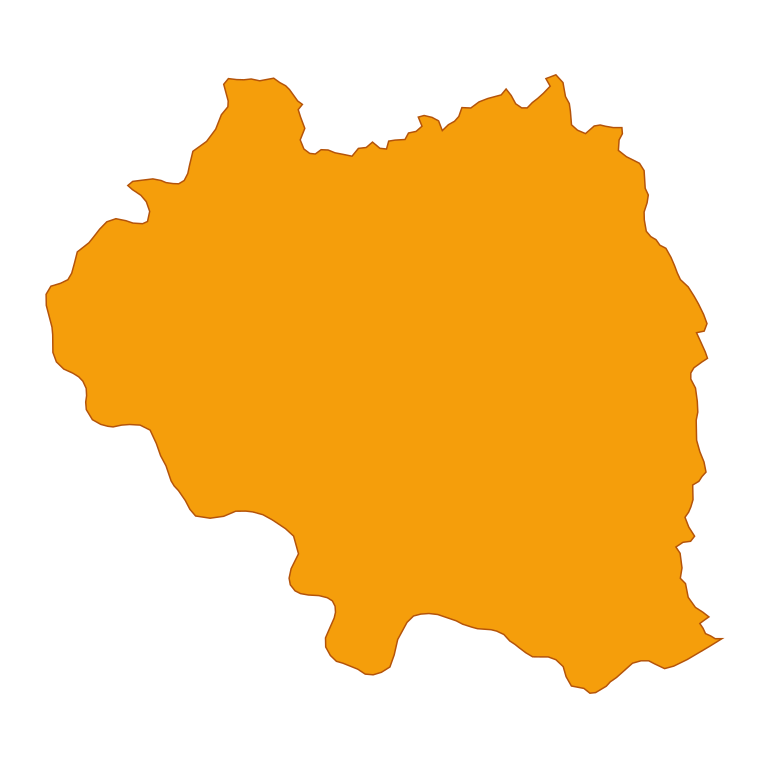 outline of Reserva do Iguaçu, Paraná, Brazil
{"feature_id": "56859067B45945629242811", "entity_name": "Reserva do Iguaçu", "entity_type": "district", "adm_level": 2, "iso_a3": "BRA", "parent_name": "Brazil", "parent_adm1": "Paraná", "projection": "albers", "projection_center": [-51.961, -25.873], "detail": "fine", "context": "isolated", "style": "filled", "palette": "amber", "viewbox_px": 768, "rotation_deg": 0, "n_neighbors": 0, "source": "geoboundaries", "source_scale": "gbopen_adm2", "svg_char_len": 3470}
<svg xmlns="http://www.w3.org/2000/svg" viewBox="0 0 768 768"><path d="M721.9,638.7L715.2,638.7L710.6,635.9L705.5,633.6L703.0,628.2L699.8,623.5L704.5,620.0L708.9,616.9L703.0,612.3L695.4,607.4L688.2,597.3L685.5,583.6L680.3,578.3L682.0,567.9L680.1,553.3L675.9,547.0L683.0,542.3L690.6,541.3L694.6,536.2L688.8,527.1L685.0,517.3L688.6,512.2L690.9,506.8L693.0,499.7L692.7,485.0L698.9,481.3L702.0,476.5L706.0,472.1L704.0,462.0L699.8,451.6L696.6,440.2L696.4,430.5L696.2,420.2L697.8,412.1L697.3,401.4L695.5,388.1L690.8,379.1L690.8,373.0L693.9,367.8L701.7,362.1L707.5,358.3L705.3,352.0L700.2,340.7L696.5,332.7L704.2,331.1L707.0,323.6L703.6,314.4L698.5,304.0L694.2,296.4L688.2,286.9L680.4,279.6L677.3,273.0L674.6,265.8L671.0,257.4L665.9,248.3L659.9,245.2L656.1,239.8L650.8,236.6L646.3,231.3L644.3,219.9L644.1,212.0L647.1,202.8L648.3,195.0L645.2,188.3L644.1,170.6L639.5,163.3L626.4,156.7L618.4,150.4L619.1,139.9L622.4,133.7L621.9,127.6L613.3,127.6L605.7,126.3L600.2,125.0L594.2,126.0L585.5,133.6L577.5,130.2L571.5,124.8L570.4,111.2L569.3,103.6L565.5,96.6L564.4,90.6L563.0,82.6L555.9,74.8L545.9,78.6L550.2,86.2L543.4,93.3L537.6,98.5L532.3,102.6L527.2,107.9L521.7,107.9L515.7,103.8L511.2,95.5L506.1,89.0L501.2,94.9L487.8,98.5L479.0,101.9L470.8,108.0L461.9,107.6L458.8,116.5L454.5,121.3L448.5,124.6L442.3,130.6L438.6,120.9L432.1,117.4L424.1,115.5L418.3,117.1L422.0,126.2L416.1,131.4L408.5,133.0L405.0,139.5L395.1,140.1L388.7,141.1L386.5,149.0L379.9,148.3L372.5,142.1L366.2,147.5L358.4,148.4L352.0,156.2L343.3,154.4L335.0,152.8L328.1,150.0L321.1,149.7L315.3,154.0L309.7,153.4L303.9,149.0L300.2,139.9L304.8,128.4L300.5,116.9L298.2,109.6L302.4,104.4L297.7,101.0L289.5,89.6L285.7,85.8L279.8,82.6L273.7,78.2L259.7,80.8L251.2,79.0L243.9,79.8L236.8,79.6L228.4,78.6L223.7,84.3L228.2,101.0L227.9,106.8L221.4,114.7L215.7,129.2L206.6,141.4L192.9,151.3L189.6,165.0L187.8,173.5L184.2,180.5L178.7,183.8L173.1,183.6L166.0,182.6L161.1,180.5L152.9,178.9L140.4,180.4L132.7,181.4L127.8,185.5L132.4,189.6L140.9,195.3L146.3,201.7L149.7,211.4L147.5,221.5L142.6,223.7L133.0,223.1L125.9,220.7L115.9,218.7L106.8,221.8L99.7,229.1L93.5,237.1L88.9,242.8L77.3,251.9L74.5,263.0L71.7,273.2L67.9,279.7L60.5,283.3L50.9,286.2L46.1,294.3L46.3,305.4L52.0,327.2L52.7,334.8L52.9,352.4L56.4,361.9L63.8,369.1L72.7,373.1L78.7,376.8L82.9,381.2L86.2,388.4L86.6,395.7L85.7,402.1L86.3,409.6L92.4,419.7L100.8,424.4L107.9,426.3L113.1,426.9L121.6,425.1L129.6,424.5L140.1,425.1L150.1,430.1L156.3,443.4L160.6,455.7L166.0,465.8L171.1,480.9L174.2,486.0L178.5,490.6L185.3,500.5L189.9,509.3L195.6,516.0L210.1,518.2L223.7,516.3L235.7,511.2L245.8,511.1L252.7,511.9L262.9,514.7L272.0,519.7L285.4,528.6L293.6,536.1L298.5,553.8L291.1,568.7L289.1,578.2L290.3,584.8L295.0,590.8L300.5,593.6L308.4,595.0L319.0,595.6L327.3,597.7L332.4,600.9L335.1,606.3L335.5,612.3L334.2,618.0L328.6,630.7L325.5,637.9L325.7,647.0L330.4,655.5L336.4,661.3L342.9,663.2L357.6,669.1L365.2,674.1L373.2,674.8L381.4,672.3L389.9,667.0L394.2,654.9L397.7,639.5L407.0,622.4L413.5,616.0L420.7,614.1L428.9,613.5L437.7,614.5L456.2,620.8L462.7,624.2L471.7,627.1L477.5,628.7L491.1,629.7L496.7,631.1L503.9,634.5L509.8,641.0L515.0,644.4L519.5,648.0L525.7,652.7L532.6,656.8L540.7,656.9L548.2,656.9L555.9,659.7L563.2,666.6L566.1,676.7L571.4,686.0L583.9,688.4L589.9,693.2L595.6,692.6L606.3,686.2L610.3,681.8L616.5,677.5L632.5,663.2L641.0,660.8L648.7,660.8L654.7,663.9L664.6,668.6L673.8,666.1L687.3,659.5L709.8,646.2L721.9,638.7Z" fill="#f59e0b" stroke="#b45309" stroke-width="1.5"/></svg>